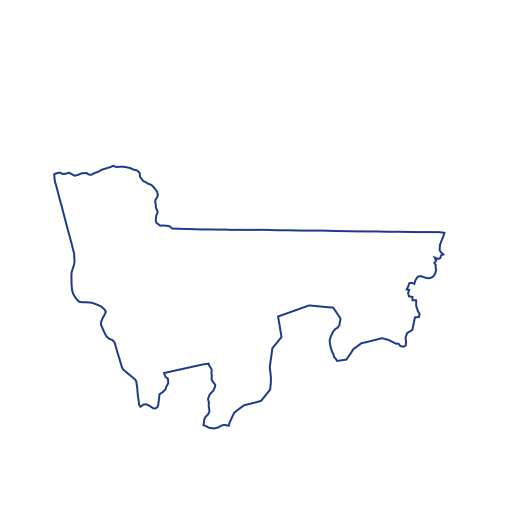 outline of Mirassol d'Oeste, Mato Grosso, Brazil, rotated 69°
{"feature_id": "56859067B78594820692492", "entity_name": "Mirassol d'Oeste", "entity_type": "district", "adm_level": 2, "iso_a3": "BRA", "parent_name": "Brazil", "parent_adm1": "Mato Grosso", "projection": "orthographic", "projection_center": [-58.043, -15.604], "detail": "fine", "context": "isolated", "style": "outline", "palette": "blue", "viewbox_px": 512, "rotation_deg": 69, "n_neighbors": 0, "source": "geoboundaries", "source_scale": "gbopen_adm2", "svg_char_len": 3866}
<svg xmlns="http://www.w3.org/2000/svg" viewBox="0 0 512 512"><g transform="rotate(69 256 256)"><path d="M395.2,365.7L396.6,363.9L399.4,361.6L400.9,358.9L402.1,356.5L402.5,352.8L402.0,349.3L402.1,346.5L403.4,344.3L404.7,342.2L402.3,340.6L399.1,337.3L397.2,335.4L394.4,332.4L392.8,327.0L391.1,320.7L392.7,307.6L393.0,303.1L385.8,290.7L379.5,287.5L374.7,285.6L371.7,284.8L364.7,283.0L355.0,277.6L348.0,273.8L345.6,269.6L340.8,261.2L334.8,260.0L331.9,259.4L327.0,258.4L320.4,257.1L321.0,231.8L321.1,227.0L321.2,224.1L328.5,209.4L331.9,202.4L343.2,199.8L345.3,199.7L347.6,201.3L350.3,202.8L352.1,205.2L352.7,208.4L354.4,211.3L358.2,215.3L361.3,217.5L364.7,218.5L368.1,219.0L372.2,219.3L375.4,218.9L378.4,219.3L380.5,218.4L383.0,217.9L383.7,215.0L385.1,208.8L381.2,203.0L377.8,198.4L375.2,188.8L376.0,183.7L377.9,167.8L381.8,162.4L384.0,160.4L387.8,157.0L389.0,154.4L391.8,153.5L393.6,150.7L393.1,148.3L390.7,146.9L385.9,145.7L382.2,142.7L381.0,136.5L376.9,133.9L370.3,129.6L371.3,125.7L368.6,124.0L365.5,124.6L362.8,124.5L359.8,124.3L357.3,123.3L354.7,122.4L353.4,125.7L350.3,124.6L348.5,127.6L345.1,127.3L342.5,125.1L341.2,127.3L339.1,124.9L336.4,122.7L336.7,120.5L338.7,118.2L335.7,115.8L333.3,112.4L333.7,109.6L336.6,106.0L338.4,103.4L339.0,101.0L338.7,97.9L336.5,94.9L333.1,92.6L330.8,92.4L328.8,91.4L326.4,92.0L324.9,89.5L321.5,89.7L324.1,86.9L323.9,84.6L321.7,82.9L321.7,80.6L318.4,82.2L316.0,82.4L311.3,80.1L304.3,73.7L301.9,71.8L299.6,75.9L293.6,91.2L290.2,100.1L284.3,114.6L281.6,121.8L275.3,137.1L273.9,140.9L269.2,152.9L263.2,167.7L262.3,170.0L260.2,175.1L257.7,181.0L256.1,184.9L254.6,188.8L252.8,193.4L251.8,196.1L248.6,204.3L243.5,216.8L240.8,223.8L239.6,226.8L237.8,231.2L235.4,236.7L233.6,241.3L228.4,255.1L225.7,261.9L222.4,270.6L220.9,273.8L219.0,278.7L217.7,282.1L215.0,288.7L213.6,292.4L212.3,295.8L209.5,302.6L208.2,305.5L206.6,309.5L200.4,324.3L197.0,326.3L194.5,331.1L193.3,334.6L189.3,337.1L186.3,336.6L182.6,334.7L180.3,332.4L178.2,331.9L175.0,332.2L172.1,331.1L169.5,330.8L167.5,329.7L166.0,327.5L163.9,325.7L160.4,325.3L154.6,327.0L151.9,328.4L149.7,331.0L147.5,332.5L145.7,334.4L140.5,335.9L136.6,334.8L133.4,336.5L131.5,339.4L129.0,341.7L127.3,344.2L126.1,346.2L124.7,348.7L123.8,351.6L122.7,354.8L120.6,357.1L120.8,359.6L120.6,363.4L120.4,366.1L120.2,369.6L120.9,373.6L120.6,377.0L121.2,380.4L119.9,383.1L117.8,384.4L117.0,387.0L116.3,389.2L116.5,393.2L116.0,396.6L113.3,398.9L111.2,400.8L111.0,404.5L110.0,407.3L107.9,409.1L107.4,411.6L107.3,415.1L112.9,416.7L115.2,417.1L119.3,417.4L124.0,417.9L129.4,418.5L134.4,419.1L140.6,419.6L145.0,420.2L150.0,420.7L156.0,421.4L162.3,422.1L166.3,422.5L171.0,422.9L174.9,423.4L179.4,423.8L185.4,424.6L188.4,424.9L193.2,426.5L196.6,427.6L199.0,429.1L202.0,431.5L204.9,433.8L207.0,434.9L209.9,436.0L212.1,436.8L215.3,438.0L218.5,439.0L221.7,439.9L224.3,440.2L227.3,440.1L231.9,439.0L234.0,438.2L235.8,437.0L237.1,434.3L238.7,430.3L240.7,426.2L242.1,424.5L244.0,422.3L247.7,418.6L251.6,416.6L254.4,416.2L256.9,418.8L259.0,421.4L261.6,423.8L264.3,425.4L272.5,425.0L274.8,424.8L277.6,424.3L280.3,423.0L282.8,420.4L285.6,419.0L289.4,419.3L296.1,419.9L302.7,420.3L307.3,420.7L311.7,421.0L314.2,420.8L318.4,418.5L321.5,416.7L325.1,414.7L327.9,413.2L330.0,412.7L335.5,413.9L339.0,414.9L341.8,415.7L344.1,416.3L347.1,417.0L350.2,417.7L353.3,418.5L355.3,417.8L354.4,414.4L355.1,411.5L358.5,408.5L361.5,406.4L362.3,404.3L361.6,401.8L359.2,400.2L356.5,398.8L352.8,396.8L350.5,395.7L349.6,391.7L348.1,388.3L345.6,386.3L343.3,383.5L339.1,382.2L336.3,383.8L332.3,383.8L338.1,345.1L339.5,338.8L341.8,338.9L343.9,338.4L346.2,338.1L349.0,339.4L351.9,340.2L355.7,341.8L358.5,341.2L361.7,340.2L364.1,341.7L366.5,344.2L367.5,346.5L368.8,348.9L372.2,352.0L375.9,352.5L379.3,354.0L382.1,354.5L384.8,355.4L386.6,357.4L388.2,360.9L389.7,362.6L392.3,364.0L395.2,365.7Z" fill="none" stroke="#1e3a8a" stroke-width="2"/></g></svg>